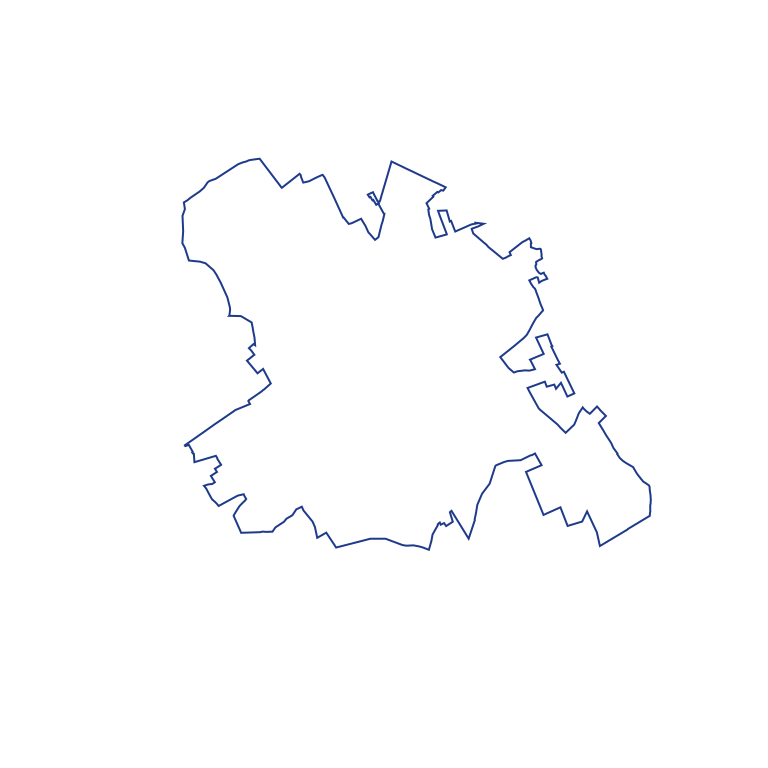 outline of Umán, Yucatán, Mexico, rotated 322°
{"feature_id": "50627088B93748146703030", "entity_name": "Umán", "entity_type": "district", "adm_level": 2, "iso_a3": "MEX", "parent_name": "Mexico", "parent_adm1": "Yucatán", "projection": "robinson", "projection_center": [-89.729, 20.847], "detail": "fine", "context": "isolated", "style": "outline", "palette": "blue", "viewbox_px": 768, "rotation_deg": 322, "n_neighbors": 0, "source": "geoboundaries", "source_scale": "gbopen_adm2", "svg_char_len": 5974}
<svg xmlns="http://www.w3.org/2000/svg" viewBox="0 0 768 768"><g transform="rotate(322 384 384)"><path d="M486.3,648.6L486.9,648.4L512.3,651.5L513.4,650.3L514.1,649.4L515.1,648.7L519.1,643.5L520.7,642.2L521.3,641.3L522.1,640.4L522.6,640.0L523.3,639.1L523.4,638.7L524.1,637.8L525.2,636.2L525.8,635.4L526.9,633.3L528.4,630.8L529.8,628.8L530.2,627.9L530.3,627.4L530.3,626.8L529.8,625.3L529.1,622.9L528.4,621.2L528.2,620.4L528.2,618.4L528.0,616.4L528.2,616.1L528.1,614.2L528.1,611.8L528.2,609.8L528.7,606.0L528.9,604.2L529.2,603.0L526.2,595.6L525.2,592.5L524.9,591.6L524.2,587.2L524.4,585.9L524.6,582.8L525.2,582.6L525.4,575.7L526.7,570.3L527.0,567.0L527.5,560.8L528.2,555.9L529.2,547.0L539.2,545.8L538.2,537.3L538.3,537.1L538.0,532.9L527.9,534.2L526.8,530.6L526.2,526.6L526.2,524.8L519.7,526.9L512.4,531.2L508.9,533.1L497.1,534.3L496.1,526.9L495.8,522.6L491.1,500.2L490.9,498.4L493.8,480.1L494.7,475.5L512.2,481.2L510.6,486.3L517.8,489.3L516.6,493.7L524.2,492.0L520.8,506.8L528.2,508.6L533.3,485.1L531.1,484.5L531.7,475.1L535.1,476.3L535.8,472.0L538.9,457.5L540.0,457.7L540.0,457.2L539.9,457.0L541.0,453.4L542.3,449.2L543.4,445.5L532.4,441.0L529.2,454.9L528.4,458.6L525.3,457.8L515.8,455.2L514.0,454.7L513.9,456.1L512.1,465.3L507.9,463.5L506.2,462.5L503.6,460.1L497.0,456.1L493.8,455.1L493.4,454.9L492.0,448.0L492.2,434.4L510.6,434.2L522.2,433.8L525.5,433.4L527.0,433.1L531.7,431.2L536.9,428.8L540.6,427.2L544.8,425.6L547.1,425.4L549.6,424.9L554.7,423.9L555.1,422.8L556.0,419.6L556.0,419.4L556.7,417.0L557.2,415.5L557.6,414.4L557.9,413.5L558.2,412.8L559.6,408.5L560.0,407.2L560.6,405.2L561.2,403.7L561.3,403.0L561.7,402.0L561.6,401.5L561.5,400.5L561.4,399.9L561.3,399.3L561.5,398.1L561.5,396.4L562.3,391.8L569.7,393.6L570.7,394.6L570.5,395.3L568.6,399.7L571.8,399.9L575.3,400.9L577.4,401.6L578.0,398.6L577.9,396.6L578.5,394.7L577.9,394.4L575.4,393.9L574.6,391.9L574.6,388.1L574.9,387.0L575.3,385.3L576.1,384.4L576.3,383.9L577.6,383.6L578.9,381.5L580.9,381.6L582.6,381.9L583.3,381.9L584.2,382.3L585.9,382.4L586.9,380.0L587.6,379.5L590.5,374.5L590.4,373.8L589.8,373.1L588.4,372.4L587.3,371.7L586.3,370.3L584.0,366.7L586.2,363.7L586.9,363.7L587.9,361.1L588.2,358.6L583.5,358.0L580.5,357.4L564.1,357.4L563.3,360.5L559.5,359.6L558.5,359.6L554.7,358.5L550.6,340.3L550.5,337.5L549.6,333.3L547.0,320.4L548.6,315.7L550.3,316.2L552.2,316.8L555.2,317.8L557.0,318.2L561.2,319.1L555.6,313.5L555.5,314.3L551.6,312.3L550.3,311.8L544.6,310.4L534.0,307.7L537.3,296.8L535.9,296.5L540.2,285.8L533.2,280.8L531.9,284.7L525.7,304.7L525.6,304.8L514.7,300.3L515.0,299.4L517.2,291.6L522.1,282.6L523.6,278.5L526.4,273.7L527.5,273.8L528.8,267.7L538.2,266.8L538.2,265.7L544.3,265.5L544.8,266.5L548.4,266.4L549.7,268.1L553.0,267.2L553.7,267.0L551.4,262.3L549.9,259.3L549.7,258.9L548.8,257.2L548.1,255.9L546.9,253.6L546.6,252.9L546.0,251.5L545.7,251.2L545.0,249.7L543.2,246.1L542.2,244.1L539.5,238.7L537.7,235.0L535.8,231.3L534.1,227.9L532.5,224.6L531.6,222.8L529.3,218.2L526.9,213.3L499.3,233.1L498.2,233.8L497.7,234.2L496.8,234.9L495.7,235.7L494.6,236.5L492.9,237.6L492.0,237.4L492.1,237.2L492.0,236.9L491.9,236.8L491.9,236.7L491.7,236.6L491.4,236.2L491.6,235.2L492.0,233.4L492.1,232.5L492.3,231.6L492.5,230.6L492.6,229.7L492.8,228.8L493.0,227.9L493.2,227.0L493.4,226.1L489.4,225.1L487.8,224.8L487.5,228.0L488.5,228.2L488.3,229.9L488.1,230.8L488.0,232.2L488.4,232.2L488.9,232.3L488.2,238.0L490.4,238.1L490.8,238.0L491.1,237.9L491.0,238.9L490.4,239.3L488.7,249.8L489.1,250.1L488.6,250.6L483.2,254.9L480.2,256.9L475.5,260.6L470.0,264.9L465.7,264.9L465.1,254.7L466.7,248.1L467.7,239.7L457.5,237.4L454.8,236.2L454.7,227.8L454.3,227.7L459.3,206.9L464.3,185.0L464.4,183.8L464.4,181.4L463.3,181.0L457.0,179.5L449.8,178.1L444.4,175.6L444.6,174.6L445.4,172.3L445.9,170.4L447.0,167.9L446.9,166.4L424.6,166.5L424.2,166.4L424.7,129.9L416.8,125.3L415.1,124.5L412.0,123.7L409.4,122.5L407.1,121.8L404.4,121.0L397.3,120.4L377.8,118.7L371.5,116.6L369.2,116.5L362.9,118.5L357.1,118.8L346.3,118.1L342.2,118.2L338.1,117.7L334.8,123.6L328.8,127.4L323.7,134.5L319.7,140.1L316.7,143.4L311.8,148.9L310.9,154.2L306.3,166.6L314.3,174.3L317.7,179.0L319.7,189.3L319.3,194.4L319.3,194.5L317.7,203.7L313.9,219.3L309.9,228.4L308.4,230.8L304.4,234.8L303.9,234.9L312.7,242.1L313.2,242.8L315.0,247.4L317.6,254.0L315.9,257.4L315.1,258.9L313.4,262.0L312.1,264.6L310.4,267.9L306.3,274.1L305.7,272.2L299.6,272.6L300.0,275.9L299.8,281.2L297.8,281.1L294.7,281.2L291.5,281.2L290.4,281.2L290.8,292.7L290.9,297.7L298.0,297.7L295.1,313.9L285.6,314.5L284.7,314.3L283.4,314.5L275.5,314.1L267.5,313.6L266.6,313.9L266.1,317.3L250.8,313.0L248.1,312.9L231.7,311.9L225.9,311.5L214.7,311.0L189.3,309.7L189.2,310.6L192.7,311.9L191.5,319.8L190.7,319.9L190.7,322.1L191.0,322.2L186.5,328.9L207.3,337.1L207.0,339.6L206.6,340.4L206.5,341.3L205.9,347.4L198.6,346.7L198.2,350.5L191.0,349.8L190.2,357.3L187.0,357.0L184.5,355.4L182.7,354.5L181.3,354.1L179.5,353.4L179.5,357.2L178.9,360.4L178.0,365.6L177.5,369.0L178.3,373.1L178.5,375.0L178.6,376.3L178.6,378.3L198.3,381.6L200.0,381.9L205.4,384.4L205.9,383.8L205.3,385.3L205.0,386.8L204.6,389.8L202.6,390.3L199.6,390.6L195.1,391.2L194.2,391.5L190.8,392.7L188.9,393.4L187.2,394.0L184.4,395.2L180.5,410.7L179.8,413.3L195.3,424.6L197.5,425.6L200.1,428.0L205.2,431.7L210.0,430.2L211.1,430.2L220.3,431.0L224.1,430.1L231.0,431.0L237.7,428.8L243.7,430.1L242.7,434.0L243.0,448.5L241.5,454.2L236.7,464.1L247.0,465.6L245.6,483.4L277.9,497.5L289.9,506.8L299.4,522.3L302.1,525.2L307.9,529.3L312.0,534.0L314.2,537.1L317.3,542.3L324.8,536.8L329.6,532.5L339.5,528.4L340.0,527.6L342.7,527.5L342.1,529.8L345.7,530.6L345.5,534.2L353.4,534.9L357.0,525.6L359.1,525.5L355.5,558.0L371.6,547.3L372.2,546.4L377.3,542.1L383.1,536.7L393.8,530.8L405.9,527.6L421.2,517.2L422.3,517.1L430.6,519.4L434.3,520.9L444.8,528.2L455.3,530.4L457.0,531.2L460.2,531.7L458.2,545.0L441.8,540.7L429.1,585.4L430.4,585.7L447.1,589.8L441.3,608.9L455.5,614.4L465.6,609.4L460.4,632.0L454.4,644.6L486.3,648.6Z" fill="none" stroke="#1e3a8a" stroke-width="2"/></g></svg>